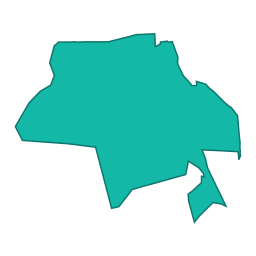 the district of Soledad Etla, Oaxaca, Mexico
{"feature_id": "50627088B55469637772228", "entity_name": "Soledad Etla", "entity_type": "district", "adm_level": 2, "iso_a3": "MEX", "parent_name": "Mexico", "parent_adm1": "Oaxaca", "projection": "equal_earth", "projection_center": [-96.818, 17.158], "detail": "fine", "context": "isolated", "style": "filled", "palette": "teal", "viewbox_px": 256, "rotation_deg": 0, "n_neighbors": 0, "source": "geoboundaries", "source_scale": "gbopen_adm2", "svg_char_len": 2176}
<svg xmlns="http://www.w3.org/2000/svg" viewBox="0 0 256 256"><path d="M132.1,189.5L134.3,188.9L139.6,187.3L166.1,180.0L171.0,178.6L173.4,177.9L178.2,176.6L178.5,176.5L183.6,175.1L185.7,174.5L187.5,165.6L188.4,161.1L198.8,167.8L203.4,173.4L204.1,176.8L201.5,176.2L201.5,182.6L192.5,190.9L188.1,194.1L188.7,201.2L194.4,222.2L199.4,215.9L212.9,202.6L220.9,203.9L224.5,205.5L226.0,206.2L222.5,198.9L216.1,185.7L211.8,176.8L207.6,168.1L205.4,158.5L205.0,157.5L204.8,156.9L203.1,152.7L202.0,149.9L218.5,150.6L226.1,151.0L238.1,151.7L238.9,159.7L239.2,158.9L240.4,155.9L240.5,155.6L240.6,155.3L240.3,154.9L240.2,154.3L240.3,153.7L240.1,153.2L240.1,152.6L240.2,152.0L240.4,151.4L240.3,150.8L240.1,150.3L240.0,149.2L239.9,148.7L239.9,148.0L240.0,142.3L239.5,137.5L239.0,133.1L238.9,131.9L238.7,128.9L238.4,126.1L238.3,125.0L238.3,123.8L237.9,120.5L237.5,115.6L233.1,109.9L231.1,107.4L229.9,106.8L228.1,105.4L226.3,104.0L224.1,102.0L221.5,99.4L219.7,97.6L217.8,95.7L216.4,94.2L213.6,91.4L209.5,88.3L205.6,84.1L196.4,81.4L196.5,83.0L196.6,83.6L196.6,84.0L196.6,85.5L192.1,85.7L189.6,82.6L188.1,80.9L187.2,80.0L186.8,79.6L186.3,79.0L184.7,77.2L184.2,76.8L184.0,76.6L183.4,75.6L183.2,75.3L182.6,74.4L182.3,74.0L182.1,73.5L181.6,72.2L181.5,71.8L180.1,69.2L179.3,67.7L179.1,67.3L178.4,65.6L178.2,65.1L177.9,64.4L177.7,63.6L177.6,63.1L177.6,62.7L177.6,61.7L177.6,60.7L177.8,59.3L177.9,58.0L177.8,57.2L177.8,56.9L175.3,50.1L172.2,41.6L168.3,42.2L167.4,41.2L162.8,41.8L160.4,42.0L160.2,44.1L157.4,45.6L156.6,46.1L155.8,46.3L155.2,46.4L155.0,38.6L154.7,33.8L153.6,33.9L147.9,34.1L146.6,34.1L145.2,34.2L142.4,34.4L139.8,34.5L137.2,34.5L131.8,35.8L131.6,35.9L130.0,36.4L125.5,37.5L123.8,37.9L122.8,38.2L113.6,40.5L110.8,41.2L110.1,41.4L109.8,41.5L108.7,41.8L106.4,41.8L101.4,41.8L97.5,41.9L93.4,41.9L87.2,41.8L85.9,41.9L83.1,41.9L81.1,42.0L78.8,42.1L76.6,42.1L74.7,41.8L72.3,42.0L70.5,42.1L68.8,42.0L67.1,42.0L65.7,42.0L63.8,42.1L62.3,42.1L60.8,42.1L58.9,42.0L54.3,45.8L49.7,62.9L54.4,75.5L50.6,85.2L40.5,91.1L29.1,102.8L15.4,126.5L15.6,127.0L22.4,140.4L67.6,143.7L95.6,147.2L110.5,204.0L111.6,208.3L118.8,206.7L129.9,192.6L132.1,189.5Z" fill="#14b8a6" stroke="#0f766e" stroke-width="1.5"/></svg>